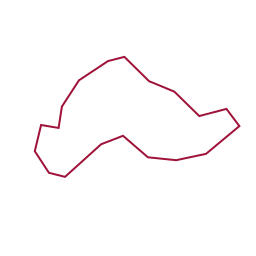 map outline of Swieqi (Natural Earth projection), rotated 143°
{"feature_id": "MLT-5933", "entity_name": "Swieqi", "entity_type": "state/province", "adm_level": 1, "iso_a3": "MLT", "parent_name": "Malta", "parent_adm1": "", "projection": "natural_earth1", "projection_center": [14.47, 35.92], "detail": "fine", "context": "isolated", "style": "outline", "palette": "rose", "viewbox_px": 256, "rotation_deg": 143, "n_neighbors": 0, "source": "natural_earth", "source_scale": "10m", "svg_char_len": 391}
<svg xmlns="http://www.w3.org/2000/svg" viewBox="0 0 256 256"><g transform="rotate(143 128 128)"><path d="M37.9,62.5L81.2,60.4L108.9,73.3L129.7,92.6L136.7,124.8L159.2,131.2L207.7,126.9L218.1,139.8L216.4,165.6L195.6,182.7L183.4,169.8L167.9,184.9L138.4,195.6L103.7,193.5L88.1,187.0L83.0,152.7L69.1,129.1L63.9,94.7L37.9,84.0L37.9,62.5Z" fill="none" stroke="#9f1239" stroke-width="2"/></g></svg>